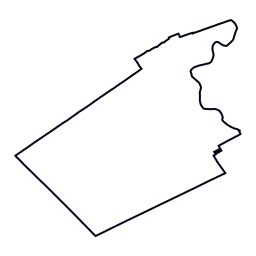 outline of Nicolae Titulescu, Olt, Romania
{"feature_id": "2599482B32809013995919", "entity_name": "Nicolae Titulescu", "entity_type": "district", "adm_level": 2, "iso_a3": "ROU", "parent_name": "Romania", "parent_adm1": "Olt", "projection": "equal_earth", "projection_center": [24.74, 44.265], "detail": "fine", "context": "isolated", "style": "outline", "palette": "ink", "viewbox_px": 256, "rotation_deg": 0, "n_neighbors": 0, "source": "geoboundaries", "source_scale": "gbopen_adm2", "svg_char_len": 5616}
<svg xmlns="http://www.w3.org/2000/svg" viewBox="0 0 256 256"><path d="M239.3,130.3L238.3,129.7L237.0,129.1L235.4,128.7L233.9,128.3L231.4,127.1L229.6,126.1L227.5,124.9L224.3,122.2L223.3,121.3L222.5,120.4L222.2,119.7L222.3,119.0L222.7,118.2L222.7,117.1L222.4,116.1L222.1,115.2L221.5,113.8L221.0,112.9L220.2,111.9L219.7,111.0L219.0,110.6L217.9,110.1L217.0,109.6L215.4,109.1L214.1,108.9L212.9,109.1L210.5,109.2L207.8,109.0L205.0,108.9L203.7,108.6L203.0,107.9L202.1,106.7L201.4,105.7L200.7,104.4L200.4,103.0L200.0,101.4L199.8,99.8L199.9,98.1L199.9,96.7L200.0,95.2L199.8,93.9L199.8,92.4L200.2,90.9L200.5,89.7L200.9,88.2L200.9,86.8L200.5,85.8L200.0,84.6L199.4,83.3L198.5,82.2L196.9,80.8L193.9,78.2L192.4,76.9L191.8,75.9L191.5,75.1L191.5,74.0L191.2,73.1L190.6,71.6L190.9,70.3L191.7,69.3L192.8,68.4L193.8,67.4L195.9,66.7L198.8,65.6L203.3,64.6L206.8,63.7L209.0,63.3L210.3,62.5L211.2,61.7L211.8,60.6L212.5,59.0L213.0,57.4L213.5,55.7L213.5,54.1L213.1,52.4L212.6,50.6L212.5,49.1L212.5,47.4L212.8,45.7L213.5,44.6L214.1,43.6L215.1,42.6L216.2,42.0L217.3,41.9L218.3,42.2L219.5,43.0L220.5,43.6L221.8,44.6L223.7,45.5L225.3,45.8L226.5,45.9L227.4,45.3L229.2,43.7L231.1,42.0L232.6,40.4L233.3,39.4L233.7,38.0L234.2,36.4L234.8,34.4L235.5,32.2L236.1,30.5L236.8,29.2L237.0,28.3L236.7,27.0L236.0,25.2L234.9,23.4L233.3,21.7L231.1,20.1L230.9,20.0L229.8,20.4L228.8,20.7L227.0,21.3L224.5,22.2L223.4,22.6L222.1,23.0L221.2,23.3L219.8,23.8L219.2,24.0L218.8,24.1L217.9,24.4L217.1,24.7L215.9,25.2L214.4,25.7L213.3,26.1L212.1,26.5L209.9,27.3L208.5,27.8L206.9,28.4L205.4,28.9L203.6,29.5L202.5,30.0L201.2,30.4L200.5,30.7L199.8,30.9L198.9,31.2L197.9,31.6L196.8,32.0L195.8,32.3L195.3,32.5L194.1,32.7L194.1,32.9L192.6,33.5L192.3,32.9L189.6,33.7L180.0,37.1L179.9,37.0L179.0,34.8L178.5,33.7L176.4,34.4L171.4,36.4L168.8,37.4L168.9,38.3L169.1,38.6L168.8,38.8L168.5,39.0L167.9,39.4L166.9,40.1L165.7,41.0L165.2,41.3L164.7,41.7L164.5,41.9L164.3,42.1L164.1,42.3L163.9,42.5L163.4,42.6L163.0,42.6L162.6,42.6L162.4,42.6L162.2,42.6L161.7,42.9L161.6,43.0L161.3,43.3L161.1,43.4L160.9,43.6L160.8,43.9L160.6,44.1L160.4,44.2L160.0,44.5L159.8,44.6L159.5,44.7L159.2,44.8L159.0,45.1L158.6,45.6L158.3,45.9L158.1,46.2L157.9,46.4L157.7,46.4L157.2,46.5L157.0,46.8L156.8,46.9L156.6,47.0L156.3,47.0L156.0,47.0L155.7,47.1L154.7,47.5L153.9,47.8L153.2,48.2L152.6,48.6L151.9,49.0L151.2,49.4L150.7,49.7L150.3,50.0L149.8,50.5L149.4,50.7L149.1,50.8L148.7,50.8L148.3,50.8L148.0,50.8L147.6,50.9L147.3,51.0L147.0,51.2L146.7,51.4L146.5,51.6L145.8,52.1L144.5,53.1L143.0,54.0L141.5,55.0L139.1,56.3L136.2,57.9L134.6,58.8L134.8,59.1L135.4,60.0L136.0,60.8L136.7,61.7L137.1,62.3L137.5,62.8L137.9,63.4L138.1,63.7L138.3,64.1L138.5,64.5L138.7,64.8L138.8,65.1L139.0,65.6L139.2,66.0L139.3,66.1L139.6,66.4L139.9,66.7L140.3,67.2L141.0,68.2L141.5,68.8L140.6,69.4L140.1,69.8L139.5,70.3L138.9,70.7L137.7,71.6L136.8,72.2L135.7,73.0L134.8,73.6L133.8,74.3L132.9,74.9L132.1,75.4L131.3,76.0L130.4,76.6L128.9,77.7L128.0,78.3L127.2,78.9L126.3,79.5L125.7,80.0L125.1,80.4L124.5,80.8L123.5,81.5L122.7,82.0L122.0,82.5L121.3,83.0L119.9,83.9L119.2,84.4L117.8,85.4L117.1,85.8L116.6,86.2L115.7,86.8L114.7,87.6L113.4,88.5L111.9,89.4L111.0,90.0L110.2,90.5L109.6,91.0L108.7,91.6L107.8,92.2L106.4,93.2L105.7,93.5L105.2,93.9L104.7,94.3L104.1,94.7L103.3,95.3L102.2,96.0L100.4,97.2L99.3,98.0L97.9,99.0L96.4,100.0L95.1,100.9L94.1,101.6L91.4,103.6L90.5,104.3L89.5,105.0L88.8,105.5L88.0,106.0L87.2,106.6L86.5,107.1L85.7,107.5L85.3,107.8L84.3,108.5L83.0,109.3L82.3,109.8L80.7,110.8L79.9,111.3L79.1,111.8L78.5,112.3L77.2,113.2L76.5,113.7L76.1,114.0L75.7,114.4L75.1,114.8L74.5,115.2L74.0,115.5L73.4,115.9L73.1,116.2L72.3,116.7L71.4,117.4L70.4,118.2L69.6,118.7L68.7,119.3L67.4,120.3L66.6,120.8L65.7,121.3L64.6,122.0L64.0,122.4L63.3,122.8L62.9,123.1L61.9,123.7L60.7,124.6L58.9,125.8L57.9,126.5L56.2,127.7L55.4,128.3L54.8,128.7L54.2,129.1L53.6,129.5L52.9,130.0L52.1,130.6L50.6,131.6L49.8,132.1L48.6,133.0L47.4,133.7L46.4,134.4L45.7,134.8L45.3,135.1L45.0,135.3L44.6,135.6L43.8,136.1L43.0,136.7L42.0,137.4L40.5,138.4L39.1,139.3L38.1,140.0L37.7,140.2L36.6,141.0L35.6,141.6L34.1,142.7L33.1,143.4L32.2,144.1L28.0,147.0L27.1,147.7L25.7,148.6L24.9,149.2L23.7,149.9L23.1,150.4L21.5,151.5L20.5,152.2L19.5,152.8L18.8,153.4L18.3,153.7L17.3,154.4L15.4,155.7L16.1,156.6L16.9,157.4L18.0,158.4L18.8,159.2L19.4,159.9L20.3,160.7L20.8,161.3L21.1,161.6L21.4,161.9L21.7,162.1L22.1,162.7L23.6,164.2L24.3,164.9L24.7,165.3L26.1,166.7L27.4,168.0L28.5,169.0L29.3,169.8L30.4,170.8L31.1,171.5L31.8,172.2L32.6,173.0L33.4,173.8L34.2,174.5L35.6,176.0L37.2,177.6L37.5,177.9L38.4,178.7L39.5,179.8L40.1,180.4L41.4,181.6L42.0,182.2L43.4,183.5L44.0,184.1L44.9,184.9L45.7,185.7L46.4,186.4L47.2,187.2L47.9,187.9L48.4,188.4L49.1,189.1L49.6,189.6L50.3,190.2L51.0,190.9L52.0,191.9L52.9,192.9L54.1,194.1L55.1,195.1L55.7,195.7L56.9,196.8L58.0,197.9L58.7,198.7L59.8,199.8L60.5,200.5L61.2,201.2L62.1,202.0L63.2,203.1L64.5,204.4L65.1,205.0L65.8,205.7L66.9,206.8L67.9,207.8L94.4,234.9L95.6,236.0L103.0,232.4L110.2,228.8L121.9,223.1L127.4,220.4L193.8,188.4L211.5,179.7L212.2,179.4L212.7,179.2L213.2,178.9L214.6,178.3L215.9,177.7L216.5,177.3L218.0,176.6L219.4,176.0L221.6,174.9L224.0,173.8L225.3,173.1L217.5,162.2L213.6,155.6L215.6,154.5L216.0,154.2L215.7,153.8L221.4,150.7L221.1,150.1L215.3,153.3L214.5,152.3L214.2,151.9L220.2,148.7L219.7,147.8L219.2,146.7L218.7,145.8L219.1,145.6L220.0,145.0L220.8,144.6L221.5,144.2L223.1,143.4L224.9,142.4L225.8,141.9L227.4,141.0L228.3,140.5L229.4,139.9L230.8,139.3L232.0,138.6L234.1,137.5L235.7,136.6L236.6,136.3L240.1,134.3L240.6,133.9L239.6,131.9L239.2,131.3L238.7,130.5L239.1,130.4L239.3,130.3Z" fill="none" stroke="#020617" stroke-width="2"/></svg>